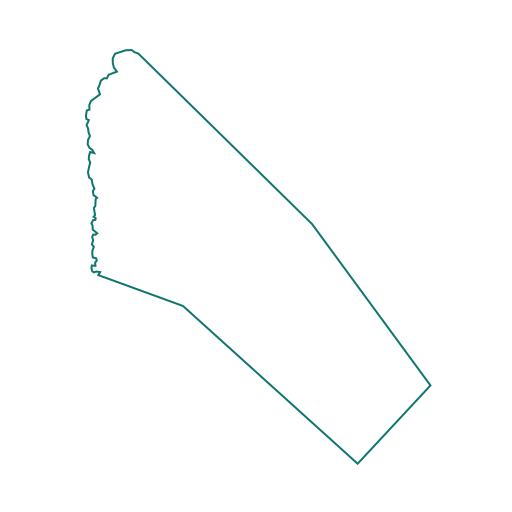 the district of Iebukel, Ngarchelong, Palau, rotated 176°
{"feature_id": "81905179B92886188714488", "entity_name": "Iebukel", "entity_type": "district", "adm_level": 2, "iso_a3": "PLW", "parent_name": "Palau", "parent_adm1": "Ngarchelong", "projection": "robinson", "projection_center": [134.644, 7.699], "detail": "fine", "context": "isolated", "style": "outline", "palette": "teal", "viewbox_px": 512, "rotation_deg": 176, "n_neighbors": 0, "source": "geoboundaries", "source_scale": "gbopen_adm2", "svg_char_len": 1172}
<svg xmlns="http://www.w3.org/2000/svg" viewBox="0 0 512 512"><g transform="rotate(176 256 256)"><path d="M414.6,247.9L332.3,211.2L169.1,41.7L91.0,114.7L197.8,283.9L359.3,466.2L363.0,467.8L365.6,470.1L371.6,470.3L382.5,467.6L385.1,463.3L385.4,458.3L384.6,453.9L381.9,449.6L387.3,448.0L390.4,447.0L392.4,443.6L395.0,443.9L398.5,441.8L400.2,437.4L402.0,434.1L400.3,428.2L409.9,422.1L411.8,418.2L411.9,413.7L414.6,413.0L415.9,407.8L415.7,404.6L413.3,403.2L414.2,401.4L415.9,398.5L414.6,394.8L414.4,390.9L413.3,387.3L415.5,383.3L416.1,379.0L414.6,375.6L412.0,373.4L410.3,370.0L414.2,371.3L415.4,368.2L416.1,364.5L414.9,360.7L416.3,356.5L417.8,351.2L417.0,345.9L414.6,343.9L414.0,338.6L412.5,334.5L414.2,332.1L413.9,328.2L410.5,325.1L412.0,323.9L412.8,317.1L414.4,315.2L413.7,308.0L415.2,306.4L413.3,304.9L413.8,303.2L416.0,303.1L417.9,300.1L416.9,297.8L417.0,293.7L412.8,289.7L414.7,288.4L416.9,288.7L418.1,286.4L417.3,283.1L418.9,279.0L417.1,276.4L418.8,272.8L419.2,269.6L418.9,265.9L415.6,264.9L415.2,262.3L416.9,260.8L416.9,257.4L420.4,258.0L421.0,255.6L420.5,252.4L419.1,251.0L416.3,251.6L412.6,250.8L414.6,247.9Z" fill="none" stroke="#0f766e" stroke-width="2"/></g></svg>